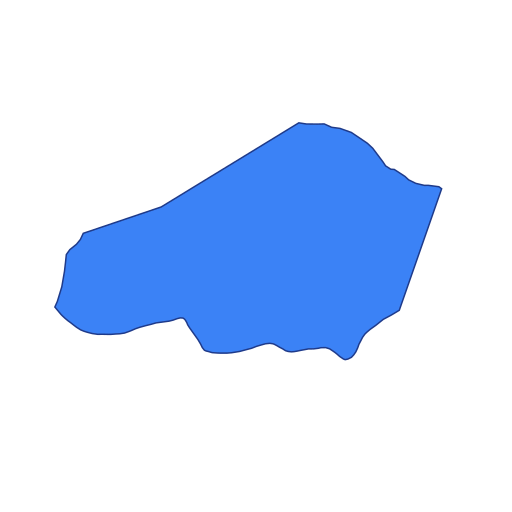 Galba, Micoud, Saint Lucia, rotated 133°
{"feature_id": "8701671B38782099046323", "entity_name": "Galba", "entity_type": "district", "adm_level": 2, "iso_a3": "LCA", "parent_name": "Saint Lucia", "parent_adm1": "Micoud", "projection": "albers", "projection_center": [-60.938, 13.836], "detail": "fine", "context": "isolated", "style": "filled", "palette": "blue", "viewbox_px": 512, "rotation_deg": 133, "n_neighbors": 0, "source": "geoboundaries", "source_scale": "gbopen_adm2", "svg_char_len": 1661}
<svg xmlns="http://www.w3.org/2000/svg" viewBox="0 0 512 512"><g transform="rotate(133 256 256)"><path d="M129.4,315.5L284.8,358.8L357.2,397.8L363.7,395.7L369.8,395.3L378.3,396.5L384.3,395.7L390.4,391.1L397.7,385.7L411.0,377.0L424.7,370.3L430.5,368.3L431.7,358.9L431.8,356.8L431.8,353.1L431.6,349.4L431.2,346.2L430.8,341.5L430.5,338.6L429.6,333.8L428.3,330.4L426.9,327.5L424.4,322.9L421.2,318.3L418.2,315.2L414.0,310.5L412.2,308.6L408.7,305.4L405.8,302.6L402.0,299.6L398.0,297.5L395.7,296.4L391.3,294.5L387.4,292.4L382.2,289.2L377.6,286.2L373.1,283.5L363.0,275.2L359.6,273.0L355.7,271.0L352.9,269.2L351.2,267.1L350.9,265.3L351.1,263.9L351.9,261.2L352.9,259.1L353.8,255.7L356.7,241.5L358.2,236.4L359.6,232.8L360.1,229.5L359.5,227.7L358.4,225.8L356.6,222.2L353.3,218.1L351.3,215.8L346.6,210.8L343.3,207.8L337.0,202.9L330.9,199.1L326.5,196.3L321.9,194.1L317.8,191.7L313.7,189.2L310.4,186.3L308.5,183.5L308.0,182.1L307.3,179.5L306.7,176.7L305.7,173.1L305.1,169.8L303.9,167.4L301.9,164.7L299.8,162.8L297.3,160.9L293.9,158.5L290.8,156.2L288.2,154.3L284.7,150.6L281.0,147.5L278.8,146.0L275.5,142.6L273.7,138.9L273.1,135.3L272.7,132.5L272.5,129.9L272.4,126.3L271.7,121.8L271.0,120.1L268.7,118.5L265.0,117.1L261.6,117.1L258.1,117.6L253.8,119.0L250.4,120.5L246.3,121.6L242.9,122.6L239.0,123.1L236.4,123.0L231.9,122.5L225.0,121.1L215.5,119.7L207.3,116.9L205.3,116.3L198.0,114.2L80.2,166.1L80.6,169.5L86.9,178.3L89.5,181.0L93.9,188.7L96.2,196.3L96.2,201.3L98.4,213.9L100.6,216.6L101.7,222.7L100.6,227.3L97.6,244.1L97.6,251.4L100.6,270.5L105.4,281.6L110.3,288.5L112.9,296.2L117.7,301.1L125.1,309.2L129.4,315.5Z" fill="#3b82f6" stroke="#1e3a8a" stroke-width="1.5"/></g></svg>